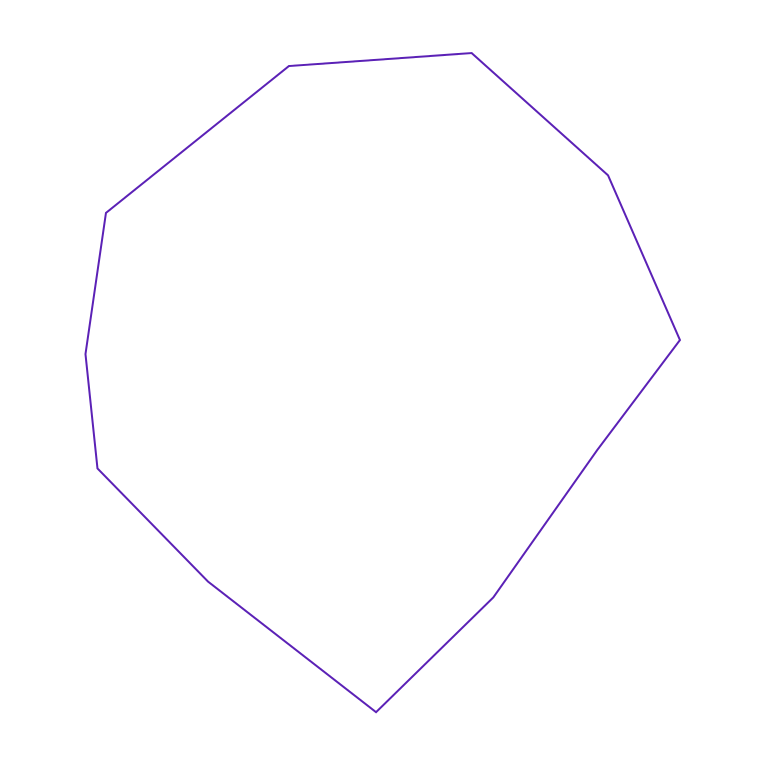 an SVG outline of Naftalan, rotated 178°
{"feature_id": "AZE-5561", "entity_name": "Naftalan", "entity_type": "Municipality", "adm_level": 1, "iso_a3": "AZE", "parent_name": "Azerbaijan", "parent_adm1": "", "projection": "orthographic", "projection_center": [46.827, 40.508], "detail": "fine", "context": "isolated", "style": "outline", "palette": "violet", "viewbox_px": 768, "rotation_deg": 178, "n_neighbors": 0, "source": "natural_earth", "source_scale": "10m", "svg_char_len": 307}
<svg xmlns="http://www.w3.org/2000/svg" viewBox="0 0 768 768"><g transform="rotate(178 384 384)"><path d="M403.4,56.3L566.7,192.6L673.3,309.6L681.3,424.3L655.9,564.7L467.9,705.1L284.9,711.7L152.8,584.7L86.7,417.6L173.1,310.7L282.2,166.9L403.4,56.3Z" fill="none" stroke="#5b21b6" stroke-width="2"/></g></svg>